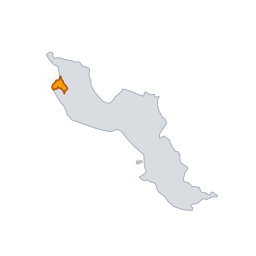 Malawi, with Mulanje highlighted, rotated 146°
{"feature_id": "MWI-1923", "entity_name": "Mulanje", "entity_type": "District", "adm_level": 1, "iso_a3": "MWI", "parent_name": "Malawi", "parent_adm1": "", "projection": "mercator", "projection_center": [35.569, -15.908], "detail": "fine", "context": "in_parent", "style": "filled", "palette": "amber", "viewbox_px": 256, "rotation_deg": 146, "n_neighbors": 0, "source": "natural_earth", "source_scale": "10m", "svg_char_len": 4131}
<svg xmlns="http://www.w3.org/2000/svg" viewBox="0 0 256 256"><g transform="rotate(146 128 128)"><path d="M99.0,147.9L97.6,145.9L96.4,146.4L94.8,147.8L93.9,148.2L93.4,148.1L93.1,147.8L92.7,146.9L91.5,144.3L90.1,142.4L88.5,141.7L87.3,140.9L87.9,140.1L88.4,139.5L88.2,138.9L87.5,138.0L84.8,136.7L84.8,136.2L87.1,135.1L88.6,133.8L89.6,132.5L90.9,129.7L92.0,127.0L92.7,126.1L93.0,124.3L92.8,122.2L93.4,119.6L93.6,117.1L92.8,116.2L92.2,114.5L92.9,111.7L94.2,109.7L100.1,107.7L104.3,105.9L105.2,105.1L106.6,103.5L107.4,102.0L106.8,101.5L103.5,101.5L102.7,100.9L100.4,95.5L101.7,89.4L101.8,86.9L101.8,83.9L101.3,81.8L100.3,80.8L99.7,79.7L99.9,76.5L100.8,76.1L102.9,71.9L103.8,69.4L102.7,67.4L101.5,64.5L100.9,62.7L100.6,62.1L101.5,61.0L102.9,59.9L104.4,59.6L106.1,59.1L111.3,53.9L111.4,52.8L110.4,51.1L108.5,48.4L108.0,47.3L107.8,44.2L107.0,43.2L104.2,41.0L102.0,38.8L102.7,36.5L103.0,34.0L101.9,32.6L100.3,31.2L99.3,29.1L98.9,27.6L97.6,27.0L96.4,26.9L95.6,27.9L94.6,27.8L93.5,27.5L93.1,26.1L93.1,24.7L92.3,23.7L91.6,22.3L91.5,21.6L91.9,21.4L92.9,21.3L97.1,24.0L99.7,24.2L102.5,24.7L104.9,27.1L106.2,27.4L107.8,27.1L112.3,26.8L114.2,27.2L116.5,28.6L117.5,28.8L118.9,28.8L119.2,28.4L119.4,27.6L119.1,25.9L119.4,25.0L120.3,24.0L122.8,25.2L129.1,30.4L129.2,31.1L133.2,36.4L134.5,38.6L134.5,39.7L135.7,44.3L136.0,46.5L135.7,48.1L135.8,49.4L136.3,51.3L136.1,52.1L137.5,54.8L138.2,57.1L138.3,59.4L137.9,61.6L136.7,64.8L136.5,66.1L136.8,67.2L137.6,68.5L138.9,69.9L139.9,71.6L140.6,73.5L141.2,74.4L141.9,74.4L143.3,74.7L144.3,75.8L145.6,77.7L146.0,79.9L146.2,80.9L142.6,80.8L138.1,81.1L137.0,82.0L136.7,83.9L135.3,87.9L134.5,89.3L132.9,92.0L130.5,95.7L130.0,96.9L130.1,98.2L131.5,103.3L132.9,108.6L133.4,110.7L134.4,117.9L135.0,122.9L135.1,125.9L135.6,129.8L136.9,132.0L138.2,133.3L143.3,134.1L144.8,135.1L147.6,137.6L153.9,144.6L157.4,149.1L160.4,153.1L165.8,160.4L170.0,166.1L170.5,171.4L171.2,172.2L169.8,176.2L168.9,182.6L169.6,186.9L169.3,194.1L168.5,201.9L167.5,204.7L166.3,205.7L163.4,206.6L156.9,207.5L155.9,208.4L155.1,210.0L153.8,213.5L152.2,217.2L151.8,218.7L152.1,219.1L153.4,220.9L154.8,225.6L155.1,233.8L154.6,234.4L152.7,234.7L150.6,234.6L149.8,234.1L149.0,233.2L148.5,231.5L149.8,230.3L150.3,228.2L149.4,226.4L147.7,226.0L145.5,224.3L140.8,218.9L136.9,215.1L134.6,212.0L132.3,210.7L131.6,209.9L131.1,208.6L131.0,206.7L131.3,205.3L130.5,203.7L128.2,201.3L127.1,199.9L127.0,198.3L128.0,196.7L130.1,194.8L131.6,191.0L132.1,188.5L135.0,183.5L135.3,179.1L135.4,175.7L135.2,173.1L134.5,167.7L134.0,164.1L130.5,159.3L129.4,158.8L126.0,159.2L123.2,159.9L121.8,160.9L119.6,161.0L114.0,161.8L112.3,162.2L111.3,163.0L110.7,163.2L107.2,159.5L104.1,155.5L100.1,148.7L99.0,147.9ZM139.7,95.5L138.8,95.7L138.2,95.2L138.4,93.7L138.7,92.7L139.6,92.5L140.3,92.8L140.7,93.3L140.7,94.0L140.5,94.8L139.7,95.5ZM137.7,92.8L137.1,94.2L136.0,94.2L135.0,92.9L135.3,91.9L136.3,91.6L137.2,92.0L137.7,92.8Z" fill="#d9dde1" stroke="#a8b0b8" stroke-width="1"/><path d="M168.6,201.2L168.5,201.9L168.5,202.3L168.6,203.2L168.6,203.6L168.3,204.2L167.9,204.7L166.0,206.1L165.7,206.2L165.0,206.1L164.7,206.1L162.1,206.9L161.5,207.0L161.3,207.1L161.3,207.6L161.1,207.8L160.7,207.8L160.4,207.6L160.2,207.4L160.0,207.0L159.5,206.7L159.0,206.5L158.4,206.5L157.8,206.6L157.3,207.0L155.5,208.7L155.3,208.9L155.0,208.6L154.9,208.4L154.9,208.2L154.9,207.9L155.1,207.4L155.3,207.1L155.4,206.9L155.6,206.8L155.8,206.6L155.9,205.8L155.6,203.2L156.0,202.3L156.1,202.2L156.2,201.9L156.3,201.5L155.9,196.8L155.9,195.8L156.4,194.2L157.2,194.2L157.4,194.1L157.7,193.9L158.1,193.8L159.2,193.8L159.5,193.7L159.8,193.7L160.6,192.7L160.8,192.6L161.4,192.1L161.6,192.3L161.6,192.6L161.5,192.8L161.4,193.0L161.1,193.3L161.1,193.5L160.7,194.1L160.6,194.3L160.6,194.5L160.8,194.5L161.0,194.5L161.3,197.2L161.3,197.7L161.5,198.2L161.5,198.3L161.8,198.4L161.8,198.5L162.0,198.6L162.1,198.8L162.3,198.8L162.5,198.9L163.3,201.1L163.4,201.3L164.5,200.3L165.1,200.1L165.6,200.3L166.0,200.7L166.4,201.1L166.6,201.2L166.8,201.4L167.0,201.5L167.3,201.4L167.5,201.3L167.7,201.2L167.8,201.1L168.0,201.1L168.4,201.1L168.5,201.1L168.6,201.2Z" fill="#f59e0b" stroke="#b45309" stroke-width="1.5"/></g></svg>